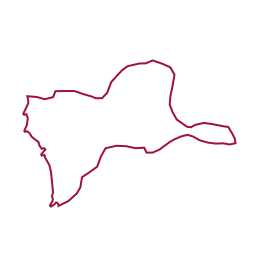 Myongchon, Hamgyŏng-bukto, North Korea (orthographic projection), rotated 167°
{"feature_id": "82179303B5816291579612", "entity_name": "Myongchon", "entity_type": "district", "adm_level": 2, "iso_a3": "PRK", "parent_name": "North Korea", "parent_adm1": "Hamgyŏng-bukto", "projection": "orthographic", "projection_center": [129.544, 40.98], "detail": "fine", "context": "isolated", "style": "outline", "palette": "rose", "viewbox_px": 256, "rotation_deg": 167, "n_neighbors": 0, "source": "geoboundaries", "source_scale": "gbopen_adm2", "svg_char_len": 1361}
<svg xmlns="http://www.w3.org/2000/svg" viewBox="0 0 256 256"><g transform="rotate(167 128 128)"><path d="M218.9,181.6L218.9,178.5L219.5,174.7L226.8,165.4L226.2,164.2L224.0,164.3L223.4,160.1L225.9,153.6L229.7,148.5L229.3,147.5L227.1,147.5L225.3,145.5L223.7,140.9L222.0,138.8L218.4,134.5L218.2,130.6L216.7,127.1L214.5,127.3L213.3,125.7L218.5,121.8L218.3,120.5L215.4,120.4L215.4,117.7L213.0,109.7L212.9,102.9L214.9,86.7L215.6,81.8L217.4,78.8L217.2,75.7L217.9,73.9L221.5,70.1L220.8,68.8L217.0,70.1L214.9,71.6L213.8,71.1L212.8,68.5L213.1,67.7L202.4,70.3L192.6,75.7L187.7,81.0L183.9,90.4L176.6,93.1L166.8,97.2L160.6,106.6L154.4,113.3L143.4,113.3L133.7,110.6L125.2,106.6L116.7,105.2L115.5,99.9L109.5,98.5L102.1,99.9L96.0,102.6L89.9,105.2L85.0,106.6L77.6,107.9L71.5,107.9L66.7,105.2L60.7,99.8L53.4,95.8L46.1,93.1L38.8,91.7L32.7,89.1L29.1,89.0L26.7,89.0L26.3,93.4L27.5,98.6L30.1,106.5L33.7,107.8L39.8,110.5L45.8,113.2L53.1,115.9L61.7,115.9L66.6,114.6L70.2,115.9L75.0,121.3L78.6,125.3L81.0,133.4L82.1,141.4L79.5,149.5L75.8,157.5L70.7,169.5L73.1,177.6L80.3,183.0L88.8,188.3L90.9,187.9L96.2,187.0L102.3,188.3L108.4,188.3L114.5,188.3L120.6,185.7L126.8,181.6L134.2,176.3L140.4,166.9L146.6,162.9L152.7,164.2L156.3,166.9L163.6,170.9L172.1,176.2L184.3,178.9L190.4,180.2L194.1,174.9L202.7,174.8L210.0,178.8L218.9,181.6Z" fill="none" stroke="#9f1239" stroke-width="2"/></g></svg>